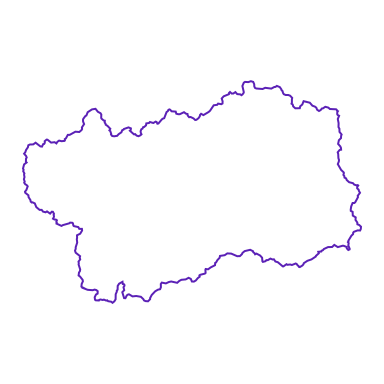 outline of Valle d'Aosta, Aoste, Italy
{"feature_id": "23120603B46910528128522", "entity_name": "Valle d'Aosta", "entity_type": "district", "adm_level": 2, "iso_a3": "ITA", "parent_name": "Italy", "parent_adm1": "Aoste", "projection": "orthographic", "projection_center": [7.355, 45.727], "detail": "fine", "context": "isolated", "style": "outline", "palette": "violet", "viewbox_px": 384, "rotation_deg": 0, "n_neighbors": 0, "source": "geoboundaries", "source_scale": "gbopen_adm2", "svg_char_len": 5943}
<svg xmlns="http://www.w3.org/2000/svg" viewBox="0 0 384 384"><path d="M337.9,111.2L337.1,110.8L336.7,109.8L336.1,109.3L329.9,109.0L328.3,107.6L325.3,106.8L322.9,108.4L321.9,108.5L320.6,110.1L319.0,111.0L317.1,109.7L316.3,107.7L314.9,106.6L312.4,105.7L309.8,102.7L303.6,101.2L302.3,104.5L300.2,106.3L299.8,108.2L295.3,108.3L293.2,106.4L292.7,104.5L291.5,103.7L291.9,102.6L291.9,99.4L292.2,97.9L290.1,95.7L288.3,95.0L285.7,95.0L283.8,94.2L283.0,92.9L282.5,91.0L281.6,90.3L281.4,89.4L279.8,87.1L276.8,85.9L275.5,86.9L274.3,87.0L271.3,88.6L265.2,87.8L262.6,89.0L256.3,88.5L255.0,87.9L254.3,86.4L254.2,84.2L253.2,81.9L250.9,81.2L248.3,82.1L245.0,81.9L243.8,82.7L242.4,86.0L243.8,92.2L243.4,93.3L242.3,94.6L241.4,95.2L240.4,94.4L237.2,94.1L235.4,92.1L233.3,93.5L231.6,93.5L230.0,92.0L229.0,93.0L228.9,94.2L223.7,96.3L221.7,98.5L222.6,101.3L222.5,103.5L221.3,104.2L218.1,103.6L217.2,104.8L213.7,105.3L210.0,110.8L208.6,112.0L203.4,115.1L201.1,113.8L200.0,115.0L199.8,116.3L198.5,118.2L196.4,119.8L195.2,120.0L193.5,118.4L190.6,117.0L189.1,117.2L187.7,115.5L187.5,114.0L186.0,113.7L184.0,112.2L179.8,114.2L178.2,114.2L176.3,113.7L175.7,111.6L171.6,111.3L170.1,109.7L169.3,109.4L168.3,110.0L167.8,111.2L166.6,112.0L164.2,118.2L162.5,118.8L161.4,119.9L158.4,123.5L157.4,123.7L156.6,122.0L155.7,121.6L153.3,123.0L149.9,122.0L149.0,123.0L146.3,123.4L146.0,125.4L144.1,127.0L143.2,127.1L142.5,128.6L141.3,129.3L140.6,131.2L140.8,132.9L141.5,134.3L140.4,135.3L138.5,136.2L136.6,135.6L135.1,134.1L134.1,134.4L133.0,133.5L129.9,130.7L130.7,130.0L130.9,128.4L128.5,127.4L123.9,129.0L123.6,129.6L122.2,130.2L121.4,132.3L118.6,134.2L117.2,135.8L114.2,136.3L112.2,136.0L111.0,134.5L111.2,133.9L110.3,131.1L109.4,130.4L110.3,128.8L107.5,125.9L105.7,124.7L105.5,123.6L104.7,122.6L104.8,120.7L103.7,120.5L101.5,118.6L101.2,117.9L101.3,114.5L100.5,113.2L97.9,111.8L95.5,108.8L92.0,109.4L87.7,112.2L86.4,115.5L85.3,116.1L83.3,118.8L83.0,119.8L83.1,121.6L84.1,124.1L81.9,127.4L82.1,129.0L81.5,130.1L79.3,132.0L75.4,131.7L69.6,134.9L67.8,134.9L65.9,138.4L64.8,139.1L64.9,140.4L64.5,140.9L61.6,141.2L59.1,140.6L57.4,141.8L56.4,143.4L54.6,142.2L51.1,142.6L47.5,139.7L46.6,139.6L44.7,141.2L44.8,142.8L44.2,143.9L43.2,144.1L42.0,146.6L40.4,146.4L35.6,142.7L33.2,144.4L29.9,144.5L28.3,145.3L27.9,147.3L26.1,149.9L25.3,152.2L24.1,153.7L26.1,156.0L26.7,157.5L26.0,158.7L25.9,161.7L26.6,162.5L24.1,164.4L23.0,168.6L23.6,169.8L23.2,171.2L24.4,173.4L24.1,174.0L24.1,175.0L24.5,177.1L23.9,179.2L24.7,181.7L24.2,182.7L25.3,184.3L26.6,185.0L27.7,186.3L26.4,189.9L25.0,191.7L25.2,192.7L28.4,195.3L28.6,197.2L30.4,200.0L30.7,201.6L31.7,202.5L32.5,202.3L34.8,203.4L36.3,207.1L39.6,209.9L41.7,209.9L43.0,211.6L45.6,212.3L47.0,211.4L50.1,213.6L51.8,211.7L52.9,211.8L54.0,213.9L53.6,214.8L54.0,216.2L53.8,217.2L53.0,218.7L54.4,219.5L55.9,219.6L56.9,220.3L56.3,221.9L56.8,222.7L56.5,223.6L61.5,225.9L62.9,225.1L69.3,223.3L70.1,222.6L72.4,222.8L72.9,223.3L73.4,225.6L73.9,226.1L78.3,227.1L79.3,228.9L81.9,228.9L82.1,230.5L80.2,233.7L77.0,235.3L77.1,238.0L76.8,239.1L77.2,242.6L75.7,247.2L75.7,248.8L75.0,250.7L75.7,252.7L80.1,256.2L79.7,257.6L80.2,259.4L78.5,261.6L78.8,263.3L78.6,264.5L80.2,269.5L79.9,271.2L79.0,272.5L78.6,275.5L80.0,276.5L82.6,279.8L82.9,281.3L81.7,283.9L81.4,286.6L81.6,286.9L84.3,288.3L84.0,288.4L87.6,289.8L92.7,290.2L94.6,289.6L96.4,290.1L97.7,291.2L97.6,293.6L96.0,294.5L94.7,297.2L95.0,299.7L95.7,300.3L98.9,300.5L99.2,299.9L100.4,299.5L102.9,300.0L103.9,299.6L106.2,300.6L107.2,300.3L108.1,301.2L111.2,301.7L112.5,302.8L114.3,301.4L115.6,299.3L115.7,294.2L116.8,291.7L116.8,290.6L117.6,289.7L117.7,285.9L119.1,283.7L122.5,281.8L122.8,284.0L123.9,284.2L124.5,285.1L124.4,285.9L123.5,287.2L124.2,290.2L122.3,292.2L124.1,298.1L125.4,298.2L126.8,295.4L128.3,294.4L129.2,294.4L132.5,296.4L136.2,296.0L140.9,296.8L143.3,299.1L144.0,300.4L145.5,301.1L148.0,301.3L150.1,299.2L150.1,298.1L151.7,295.0L155.2,291.3L157.9,289.7L160.1,289.2L160.9,287.2L160.8,284.0L161.8,282.6L165.9,283.4L168.9,282.0L171.2,281.5L177.2,282.8L179.3,280.9L181.4,279.8L185.7,279.4L188.6,277.8L190.8,278.9L191.9,281.5L193.9,281.6L195.8,280.5L197.8,278.1L199.7,276.7L199.4,275.4L200.2,274.8L204.9,273.6L205.6,272.9L205.4,269.8L205.7,269.0L208.1,269.3L210.7,267.4L215.0,265.2L215.2,262.9L216.1,262.4L217.4,260.1L219.6,257.8L220.0,255.9L224.7,255.2L227.3,253.4L231.2,253.6L237.2,256.2L239.9,256.1L241.9,254.2L242.5,252.9L244.7,251.1L250.2,249.8L253.0,251.2L253.3,252.3L254.5,253.1L255.1,254.3L256.5,253.6L260.1,255.5L262.1,257.7L262.4,261.3L262.9,261.9L265.5,261.2L266.4,260.1L267.9,260.1L270.4,258.6L272.6,259.5L273.9,259.3L275.4,261.5L277.8,262.2L282.8,266.4L283.4,266.4L286.5,264.2L287.3,264.8L290.2,264.5L291.9,265.0L295.7,263.5L296.7,264.0L297.7,265.5L298.4,265.8L299.1,267.0L299.8,267.1L302.4,265.5L303.4,264.4L303.8,263.2L307.4,260.8L311.5,259.4L315.8,256.5L315.9,255.9L318.8,253.3L318.3,251.8L321.3,251.5L321.6,250.7L322.9,250.2L323.9,249.0L328.0,247.1L332.1,247.0L334.3,244.9L337.8,247.1L342.8,245.7L343.7,245.8L346.7,247.0L346.8,248.4L348.3,250.0L349.6,249.4L349.7,248.9L348.3,245.4L348.7,243.1L347.9,242.1L348.5,241.3L348.4,240.7L351.4,235.7L353.1,234.1L353.2,232.6L353.9,231.8L357.6,230.4L360.1,230.5L360.8,229.0L361.0,226.7L359.2,225.0L357.4,224.3L357.3,222.5L355.5,219.9L355.7,217.4L352.8,215.6L352.6,211.8L350.8,210.9L350.7,209.7L351.2,206.4L352.6,203.0L354.3,203.0L355.2,202.3L358.0,197.1L357.7,195.8L360.0,192.8L358.8,190.7L358.6,189.6L357.2,188.4L357.2,187.0L358.2,185.5L357.7,185.1L356.3,185.3L354.2,184.6L353.0,183.2L349.1,182.2L346.7,180.0L346.1,178.4L344.5,177.6L344.3,176.0L343.4,174.9L343.9,173.0L343.7,172.4L341.1,169.9L337.8,164.1L338.8,161.6L339.0,160.0L338.4,158.1L338.2,153.9L337.7,152.3L339.7,149.9L341.1,149.7L341.0,148.0L340.3,146.4L338.1,143.9L338.9,140.2L341.0,138.1L341.1,135.9L341.6,134.5L339.5,131.9L339.4,128.7L338.5,127.1L338.6,123.1L337.8,119.0L339.1,115.8L337.7,115.0L337.2,114.1L337.3,112.1L337.9,111.2Z" fill="none" stroke="#5b21b6" stroke-width="2"/></svg>